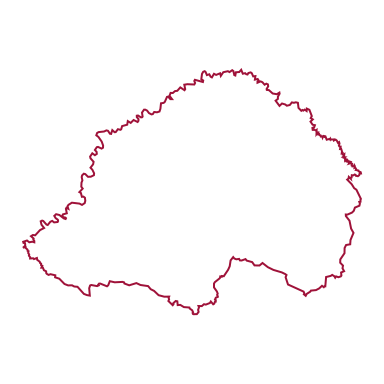 Luvianos, México, Mexico (orthographic projection)
{"feature_id": "50627088B51111814916404", "entity_name": "Luvianos", "entity_type": "district", "adm_level": 2, "iso_a3": "MEX", "parent_name": "Mexico", "parent_adm1": "México", "projection": "orthographic", "projection_center": [-100.389, 18.947], "detail": "fine", "context": "isolated", "style": "outline", "palette": "rose", "viewbox_px": 384, "rotation_deg": 0, "n_neighbors": 0, "source": "geoboundaries", "source_scale": "gbopen_adm2", "svg_char_len": 5923}
<svg xmlns="http://www.w3.org/2000/svg" viewBox="0 0 384 384"><path d="M204.7,71.2L203.2,71.8L202.0,73.9L201.3,79.2L203.2,80.5L202.9,82.0L194.9,79.8L194.3,81.0L195.1,83.0L194.3,84.5L187.4,84.2L184.3,84.7L185.2,89.2L184.5,90.2L180.3,87.4L177.3,90.8L175.0,91.1L172.8,93.0L170.6,92.9L169.5,95.8L172.0,99.1L170.3,99.1L168.1,96.6L167.0,96.9L164.8,101.9L163.6,102.9L161.0,103.3L160.4,108.8L159.5,111.5L157.0,112.3L154.2,112.0L152.8,114.1L151.5,114.4L149.0,113.1L147.1,110.6L145.4,109.7L144.0,109.7L142.0,112.6L142.6,116.6L142.2,117.2L141.0,117.4L138.0,115.5L136.8,115.7L136.8,117.1L138.5,119.1L138.4,120.9L137.6,122.0L133.6,120.0L130.7,122.9L127.8,121.1L127.2,124.7L122.1,126.1L121.2,129.3L120.5,129.8L117.9,129.2L115.7,132.1L114.6,132.2L112.3,130.1L111.1,133.9L109.9,133.7L108.0,130.8L106.4,130.4L104.1,131.5L98.6,132.1L97.1,133.0L96.3,135.3L98.4,136.9L101.7,141.6L103.1,145.5L103.0,147.7L101.6,148.6L98.0,146.9L96.8,147.2L94.9,150.0L96.6,151.9L96.8,153.9L94.9,155.2L92.3,153.3L90.1,156.6L90.5,158.3L93.6,161.8L93.1,164.3L90.5,167.7L92.4,169.8L94.1,173.3L93.9,175.2L90.8,176.7L88.0,176.8L85.3,174.1L83.8,173.7L82.1,175.4L81.7,177.1L82.4,180.4L81.5,182.6L81.3,186.7L82.7,188.6L79.4,192.1L80.9,193.0L81.9,196.8L83.4,196.6L84.9,197.7L85.3,200.8L84.7,203.1L82.0,204.9L79.5,203.6L71.9,202.7L68.5,204.8L67.5,206.3L68.3,208.8L66.4,207.9L65.9,208.8L66.8,213.3L62.9,214.4L62.5,215.3L62.9,217.1L65.4,217.6L66.0,218.2L65.6,219.0L63.8,218.4L59.4,215.0L56.1,214.2L54.3,215.9L55.7,218.2L57.8,219.7L58.1,221.0L57.6,222.0L54.1,222.4L52.2,220.9L50.3,221.8L47.7,225.0L46.5,224.6L43.3,221.0L42.1,220.6L40.7,221.3L41.5,224.7L44.1,228.0L40.0,230.1L35.2,235.3L32.9,235.0L31.0,236.2L33.6,238.5L33.3,239.3L34.3,241.0L34.3,242.3L32.3,241.7L29.3,242.3L27.0,240.5L23.2,241.8L23.5,242.9L25.0,243.2L25.2,244.5L25.1,245.8L23.0,247.7L25.6,247.0L25.7,248.0L27.5,249.6L27.6,250.9L28.5,251.2L28.2,253.0L29.2,254.5L28.9,255.7L30.2,257.3L30.1,258.5L33.2,258.3L34.0,259.1L36.9,258.0L37.2,259.8L39.7,261.7L40.1,263.0L41.1,263.6L41.1,265.2L42.3,265.8L41.4,267.7L42.9,267.7L43.9,270.2L46.1,271.3L46.3,273.3L47.0,274.0L48.6,274.9L50.5,274.2L55.3,275.3L55.1,277.3L59.3,278.7L64.5,284.0L68.1,285.4L72.0,285.3L74.2,286.5L77.5,286.8L83.9,293.9L87.0,295.1L89.8,295.6L89.2,288.2L90.1,285.5L91.2,285.0L97.1,286.1L98.7,285.4L98.2,284.7L99.1,283.6L100.3,283.6L107.0,286.3L108.2,285.3L109.8,281.2L114.7,282.3L122.6,281.9L124.1,282.4L124.4,283.5L129.2,285.3L136.4,283.1L140.5,285.0L148.1,286.1L150.7,289.2L154.1,290.9L158.6,295.2L164.3,296.7L169.1,296.6L168.6,297.8L169.1,299.3L168.4,301.0L172.7,305.2L173.5,304.2L173.3,303.2L175.7,301.0L177.3,301.3L177.7,305.1L180.3,304.9L183.9,307.1L189.4,307.5L189.7,308.5L192.2,310.3L193.1,312.3L192.6,312.9L192.9,313.9L193.5,314.2L196.9,314.1L198.6,311.9L198.1,309.9L199.0,307.3L198.5,306.0L201.8,306.1L204.0,304.2L205.8,304.6L209.9,303.0L210.8,301.5L213.2,304.3L214.2,303.7L215.0,301.6L215.7,301.6L215.8,300.1L215.0,299.5L215.8,297.7L217.8,296.9L217.8,296.3L217.1,294.9L217.7,293.6L216.9,291.5L214.0,287.4L214.0,283.6L214.8,282.2L219.8,278.2L220.3,276.4L221.7,276.8L221.9,276.0L223.8,276.2L228.1,269.8L229.7,266.3L230.6,260.4L233.2,257.1L234.3,258.5L236.3,259.3L239.1,258.9L239.9,260.4L241.6,260.5L245.5,259.1L246.7,260.6L252.2,262.1L254.5,265.4L259.5,265.5L262.5,263.0L267.9,267.2L273.4,269.9L281.8,272.4L285.3,274.1L286.5,275.0L285.6,277.2L288.0,284.5L303.6,291.6L304.4,293.6L303.9,294.3L305.7,295.8L306.7,293.9L310.2,291.7L310.9,290.6L316.0,290.1L319.2,288.4L322.0,285.8L323.8,287.2L324.6,286.2L325.3,286.3L326.1,277.0L330.7,275.9L332.2,274.9L334.4,276.3L335.2,277.7L336.1,276.4L338.4,277.2L340.8,276.4L341.4,275.6L341.1,272.5L344.1,271.2L342.5,268.3L343.0,265.6L340.2,262.7L340.3,259.4L344.5,253.2L344.6,248.0L346.1,245.0L350.2,244.3L350.5,240.0L353.5,232.9L351.1,228.6L349.5,220.7L345.9,216.1L345.8,214.5L347.4,214.6L352.0,212.6L353.8,210.8L354.9,207.6L359.4,205.7L359.9,203.6L359.3,201.9L360.5,201.7L360.5,199.4L360.9,198.9L356.4,189.7L354.2,188.2L351.7,184.2L347.2,179.6L348.5,178.6L348.8,176.9L350.7,178.7L350.5,177.9L351.6,177.5L351.8,175.2L353.3,175.4L354.7,174.5L355.6,174.9L355.9,175.8L357.9,176.2L359.2,175.2L359.6,173.6L361.0,173.5L360.7,172.2L358.6,171.3L358.4,170.5L355.8,170.0L356.2,169.2L355.2,167.5L354.5,167.8L354.8,166.1L354.3,165.2L353.9,166.1L352.4,166.4L352.1,165.5L351.5,166.3L352.2,162.9L351.4,163.9L351.0,163.0L349.4,163.5L350.7,161.9L348.7,161.2L348.2,161.9L347.6,160.7L347.3,161.5L346.4,161.5L346.0,161.0L347.0,159.7L346.5,159.4L345.1,160.6L345.0,158.2L344.2,157.9L345.1,157.2L343.1,156.9L344.1,156.1L344.3,154.2L343.4,154.8L342.7,154.6L342.7,153.1L341.7,153.4L342.0,151.4L341.1,148.7L340.1,148.9L340.6,146.6L339.5,146.5L338.9,145.7L339.5,143.5L339.1,142.1L338.0,142.9L336.8,140.6L335.6,139.6L334.0,140.4L334.0,139.4L330.8,139.6L330.4,138.8L330.1,139.5L329.7,138.9L326.7,139.7L325.4,136.3L323.9,136.0L323.9,136.8L322.8,136.5L322.5,137.5L322.0,136.3L320.8,136.5L320.6,135.4L319.4,135.1L319.1,134.0L317.8,134.3L318.3,132.4L317.4,132.4L316.5,133.8L316.6,129.9L315.8,130.5L313.5,129.1L313.4,129.9L312.7,129.9L312.4,127.9L314.2,127.2L314.9,125.2L312.6,124.7L310.5,121.6L312.8,119.4L310.7,118.1L311.8,116.1L309.4,109.8L306.8,108.6L306.6,111.0L304.7,109.6L303.3,110.6L302.4,110.0L301.3,110.8L298.5,107.9L297.9,102.8L295.8,102.3L293.9,102.8L291.9,102.4L289.8,105.0L286.8,105.7L285.3,104.5L282.0,103.5L279.5,105.9L275.6,100.7L277.9,98.9L277.9,96.7L279.6,93.7L279.4,92.6L276.8,94.2L272.7,93.5L268.9,90.1L266.8,89.9L266.6,89.0L268.2,86.3L267.9,84.4L266.3,83.7L264.6,84.7L262.4,82.2L260.6,81.4L257.5,82.7L257.5,81.5L258.6,80.4L257.7,79.0L254.9,79.6L255.4,76.1L253.2,76.4L251.8,73.2L250.7,72.4L248.4,73.0L247.5,74.5L246.2,74.2L245.2,73.2L242.8,73.7L241.2,69.8L239.3,72.0L235.9,72.3L235.3,75.5L234.3,75.1L233.4,71.1L232.2,70.2L229.5,72.1L227.9,71.2L223.3,72.2L220.8,75.9L220.1,73.3L216.1,74.9L214.0,73.8L211.9,77.4L210.6,76.7L209.3,74.3L206.9,75.1L205.6,72.0L204.7,71.2Z" fill="none" stroke="#9f1239" stroke-width="2"/></svg>